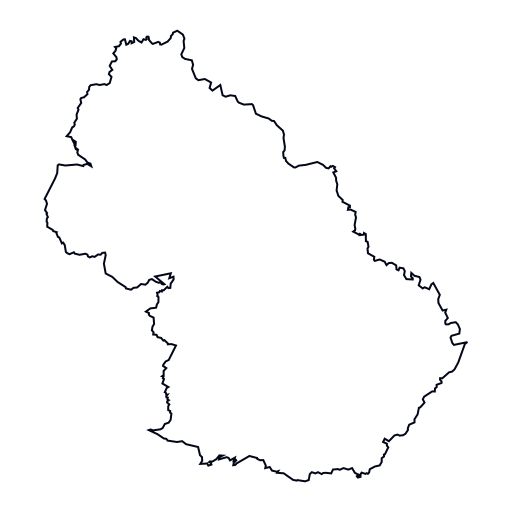 outline of Autlán de Navarro, Jalisco, Mexico
{"feature_id": "50627088B11139990760987", "entity_name": "Autlán de Navarro", "entity_type": "district", "adm_level": 2, "iso_a3": "MEX", "parent_name": "Mexico", "parent_adm1": "Jalisco", "projection": "orthographic", "projection_center": [-104.329, 19.757], "detail": "fine", "context": "isolated", "style": "outline", "palette": "ink", "viewbox_px": 512, "rotation_deg": 0, "n_neighbors": 0, "source": "geoboundaries", "source_scale": "gbopen_adm2", "svg_char_len": 5952}
<svg xmlns="http://www.w3.org/2000/svg" viewBox="0 0 512 512"><path d="M177.3,30.7L173.0,32.7L172.8,34.1L171.0,36.0L170.7,38.1L167.6,41.6L161.5,44.6L160.2,44.5L159.8,42.6L158.2,41.9L152.9,43.9L152.0,43.4L149.1,40.1L148.5,36.7L147.1,36.6L146.3,37.4L146.7,39.3L145.8,39.9L143.5,39.2L141.5,42.5L138.5,40.8L135.8,38.0L133.9,37.4L134.2,42.0L131.6,43.2L131.6,41.3L130.0,40.9L128.2,43.8L126.3,44.7L124.9,39.3L123.4,39.5L120.5,41.8L120.9,43.6L119.0,46.2L115.0,47.0L116.2,48.4L115.5,50.8L113.3,53.4L116.4,57.2L116.8,59.2L115.4,61.2L111.9,61.5L109.7,65.9L112.3,69.9L109.5,72.0L108.9,74.2L111.5,76.9L109.7,83.1L106.6,85.0L104.4,84.1L99.6,85.0L96.4,84.2L90.6,85.2L89.2,87.0L89.0,89.8L87.1,92.0L87.4,94.2L84.0,97.3L81.2,98.0L80.4,99.2L81.2,103.0L77.7,108.0L78.5,109.7L76.6,114.5L76.9,118.7L74.3,122.7L74.8,124.5L73.9,126.4L72.2,127.4L70.2,132.1L66.7,136.2L71.2,137.1L72.3,139.6L75.8,141.8L75.6,144.0L74.0,143.0L75.1,145.1L76.3,145.6L74.6,145.6L75.8,149.1L76.5,149.5L76.8,148.7L78.0,149.6L77.3,152.5L78.2,154.8L85.2,159.5L87.4,162.5L90.4,163.6L91.3,166.3L87.2,163.9L83.6,164.9L83.3,166.1L77.0,164.5L65.3,165.5L58.9,164.4L57.7,165.4L57.2,173.1L55.0,178.6L44.6,199.0L46.0,200.5L47.0,203.8L45.0,210.1L47.1,213.1L46.5,214.0L47.9,217.1L46.9,218.4L46.6,221.4L47.4,222.8L47.2,226.7L52.7,229.9L53.2,231.1L56.7,232.2L56.3,232.8L57.9,236.9L59.3,237.5L61.9,243.4L63.1,242.6L64.7,244.9L65.9,252.0L67.5,253.3L69.5,254.2L73.9,252.3L74.7,253.6L79.5,254.8L85.5,253.7L87.5,254.7L87.9,256.3L89.7,257.4L92.3,256.3L94.6,256.9L98.0,254.5L100.6,254.7L102.3,252.9L105.1,252.6L105.7,255.1L103.9,263.7L105.7,273.5L112.3,276.9L117.6,282.0L125.6,287.1L125.9,288.4L131.0,289.7L133.6,287.8L137.1,287.5L141.1,284.0L145.3,284.7L147.7,282.8L149.2,279.9L151.9,279.1L155.9,281.8L159.0,282.8L160.4,282.0L161.8,284.0L163.4,284.5L164.4,284.2L155.2,276.5L170.8,273.3L169.3,278.2L173.5,276.7L173.6,279.5L170.7,283.6L170.3,287.9L168.4,288.1L167.3,286.8L163.7,290.3L162.1,290.2L161.9,291.5L159.9,291.0L159.2,292.3L157.0,292.7L157.7,295.3L157.2,296.0L158.5,297.1L158.4,302.2L156.9,304.4L156.1,307.7L150.4,308.4L145.9,311.6L149.0,313.1L148.9,314.8L149.9,315.9L153.6,317.6L154.1,324.0L152.5,326.7L151.9,330.3L153.6,332.4L153.2,334.5L156.5,334.8L157.6,337.2L161.1,337.9L163.3,340.6L164.4,340.1L168.0,343.6L167.9,344.3L171.5,344.1L176.0,345.5L168.7,360.0L165.6,361.5L163.4,364.6L163.0,365.9L166.3,368.1L163.6,371.0L163.7,375.0L162.1,376.2L163.5,376.6L162.9,378.3L164.0,379.0L162.4,383.5L168.3,387.0L166.8,387.8L164.8,392.2L165.7,392.6L166.4,394.8L167.5,394.6L166.2,396.2L166.5,397.4L167.8,397.6L167.5,399.4L168.8,400.2L167.3,401.2L167.1,402.5L169.3,404.5L168.2,406.3L168.2,410.1L170.2,411.0L170.1,412.6L171.4,413.6L170.6,419.9L168.6,422.7L164.8,424.0L162.7,428.0L160.5,429.3L153.1,430.4L150.5,429.5L148.8,430.1L157.5,434.2L163.9,438.5L166.3,438.8L167.6,440.6L176.9,442.0L182.2,441.2L186.1,444.2L198.1,447.0L200.0,455.2L202.0,457.1L202.2,460.8L200.3,463.9L207.2,463.5L208.3,465.6L211.4,464.6L210.7,462.6L209.2,462.1L210.0,461.4L212.3,461.6L216.3,459.2L219.4,455.4L222.6,455.6L219.7,457.0L219.0,459.4L226.6,457.2L228.6,457.9L230.0,460.4L234.8,457.7L233.8,460.5L235.6,459.6L236.2,460.3L233.7,463.1L233.3,465.2L235.3,464.9L236.6,463.4L249.4,456.0L257.1,458.0L257.2,458.8L260.0,460.2L263.3,460.1L265.8,465.6L265.3,468.1L269.7,467.0L272.0,470.6L276.7,471.7L278.1,471.2L277.1,472.8L283.7,473.3L293.1,479.9L296.7,480.6L297.4,480.1L305.1,481.3L308.7,480.1L309.8,474.1L311.8,472.2L315.4,473.4L318.0,472.2L321.7,474.1L323.2,473.0L325.7,472.8L331.2,473.4L333.0,469.5L338.1,469.1L339.7,469.8L343.5,468.1L348.3,469.6L352.1,468.1L354.9,472.9L358.9,474.8L358.6,475.8L357.9,475.4L356.8,476.2L357.8,477.5L360.5,476.9L360.6,474.2L361.6,472.6L365.4,473.9L366.6,473.2L367.9,473.8L369.1,472.5L369.8,469.2L374.9,466.5L379.7,465.4L381.7,461.9L381.7,458.2L384.0,456.5L383.9,454.6L384.9,454.3L388.3,447.3L386.9,445.7L386.9,443.7L383.1,442.0L384.7,438.7L388.9,441.2L394.4,435.5L397.4,434.6L399.7,435.6L403.1,435.2L405.5,433.7L408.0,429.9L407.8,428.3L409.2,424.7L414.5,422.4L414.5,419.2L417.6,414.4L418.9,407.8L420.2,407.4L424.5,402.6L422.8,399.3L424.1,396.7L432.2,391.4L434.8,391.5L435.0,388.4L436.7,387.1L436.6,384.8L441.5,383.0L441.6,381.5L440.0,379.7L440.1,378.2L442.3,378.3L449.1,372.3L452.1,371.6L454.5,369.4L458.2,362.6L464.9,343.9L467.4,342.1L453.9,344.9L452.4,343.1L450.5,337.6L451.5,335.8L459.3,333.6L459.9,329.1L457.9,324.5L455.7,322.2L450.8,323.0L448.6,324.3L446.0,324.4L445.3,323.6L445.3,320.9L447.8,318.0L445.2,312.6L446.3,309.7L442.6,310.5L438.5,303.1L438.2,299.2L439.8,294.8L433.3,283.0L431.4,284.4L429.2,289.2L424.7,287.3L422.7,288.4L418.7,285.3L420.5,279.7L419.4,277.0L414.5,275.8L411.3,272.9L411.0,276.5L412.8,278.4L412.7,279.5L406.4,279.1L404.0,275.1L404.8,271.2L403.4,268.3L399.6,267.7L398.5,270.3L396.5,269.4L396.2,265.4L391.9,262.8L388.7,263.1L386.5,265.1L384.7,261.7L379.7,259.5L374.7,260.9L373.9,259.7L374.3,256.8L368.0,253.3L367.5,248.5L368.5,246.8L367.6,241.8L365.9,241.2L365.8,234.1L364.0,233.0L363.7,234.7L359.8,235.1L360.4,233.2L359.0,234.6L353.2,231.6L355.1,230.2L355.3,228.8L354.6,225.2L356.0,217.4L355.2,214.8L355.6,211.9L350.4,209.5L347.9,209.8L348.4,207.2L349.9,207.1L349.9,205.6L342.5,201.8L342.7,200.0L338.4,195.9L336.6,190.5L337.3,184.4L336.1,180.5L336.1,177.8L333.3,172.4L336.3,171.3L334.1,168.3L335.0,167.1L332.7,165.9L331.1,166.8L330.4,166.3L328.6,168.4L326.1,167.9L323.1,164.9L317.3,162.0L305.6,164.9L299.0,165.6L295.3,167.5L294.0,167.4L288.4,163.6L286.0,160.9L285.3,157.9L283.9,157.9L283.4,155.7L283.2,152.1L284.6,150.3L284.9,146.7L283.5,138.0L284.0,134.6L282.9,130.7L276.9,125.3L274.0,121.0L271.8,120.8L268.7,118.5L261.5,116.4L255.9,113.7L253.1,105.3L251.9,104.1L243.9,104.6L239.0,102.7L237.7,101.5L235.2,96.0L230.3,95.3L225.6,96.7L222.6,95.2L220.3,85.0L212.5,90.6L209.6,88.0L211.1,82.5L204.8,79.0L198.4,80.2L195.8,78.3L192.0,68.9L193.1,64.7L191.8,60.3L185.0,58.9L182.3,57.1L181.3,54.4L184.3,48.0L183.6,41.0L184.4,38.6L182.9,34.6L177.3,30.7Z" fill="none" stroke="#020617" stroke-width="2"/></svg>